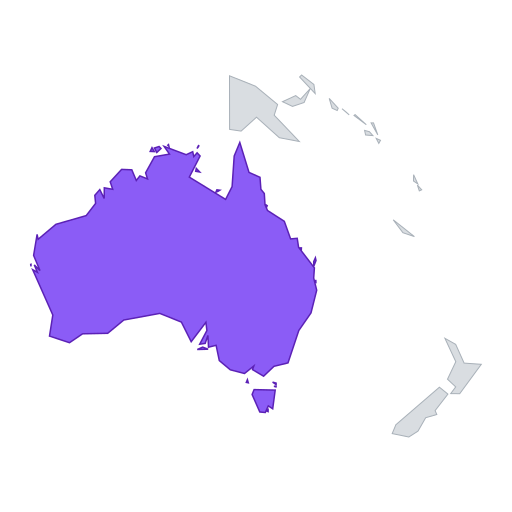 Australia on a map of Oceania (Robinson projection)
{"feature_id": "AUS", "entity_name": "Australia", "entity_type": "country or territory", "adm_level": 0, "iso_a3": "AUS", "parent_name": "Oceania", "parent_adm1": "", "projection": "robinson", "projection_center": [137.073, -32.4], "detail": "medium", "context": "in_parent", "style": "filled", "palette": "violet", "viewbox_px": 512, "rotation_deg": 0, "n_neighbors": 5, "source": "natural_earth", "source_scale": "50m", "svg_char_len": 3195}
<svg xmlns="http://www.w3.org/2000/svg" viewBox="0 0 512 512"><path d="M229.5,75.8L255.5,86.2L277.6,104.5L274.2,115.2L299.3,141.5L279.3,137.7L256.5,117.2L241.1,131.1L229.6,129.4L229.5,75.8ZM313.9,84.5L315.2,93.6L299.6,77.0L301.6,75.0L313.9,84.5ZM304.1,102.5L292.5,106.4L282.5,101.7L295.7,95.6L300.5,99.3L310.2,88.6L304.1,102.5ZM329.2,98.4L338.2,108.2L337.2,110.5L332.1,108.2L329.2,98.4Z" fill="#d9dde1" stroke="#a8b0b8" stroke-width="1"/><path d="M417.4,185.1L421.7,189.8L419.3,190.9L417.4,185.1ZM417.8,183.9L413.5,181.0L413.6,174.7L417.8,183.9Z" fill="#d9dde1" stroke="#a8b0b8" stroke-width="1"/><path d="M393.2,219.8L414.4,236.6L402.9,232.7L393.2,219.8Z" fill="#d9dde1" stroke="#a8b0b8" stroke-width="1"/><path d="M380.5,140.3L378.8,143.4L376.2,138.4L380.5,140.3ZM373.5,122.9L377.8,134.9L371.1,122.9L373.5,122.9ZM372.9,135.6L365.6,135.0L364.6,130.4L369.4,131.7L372.9,135.6ZM355.1,114.6L366.3,124.7L354.0,115.5L355.1,114.6ZM346.3,112.2L349.2,114.9L342.0,108.7L346.3,112.2Z" fill="#d9dde1" stroke="#a8b0b8" stroke-width="1"/><path d="M481.3,364.3L459.7,393.7L450.7,393.6L455.7,386.9L447.5,379.2L455.8,361.7L444.9,338.3L455.7,344.4L464.1,363.1L481.3,364.3ZM395.9,424.7L439.4,387.2L447.9,394.1L435.1,410.6L436.8,414.5L425.7,417.7L418.0,431.1L408.8,437.0L392.2,433.6L395.9,424.7Z" fill="#d9dde1" stroke="#a8b0b8" stroke-width="1"/><path d="M239.8,142.5L249.0,172.4L260.0,177.3L260.9,189.3L264.3,193.5L265.0,204.7L267.5,210.5L284.3,221.3L290.6,238.9L297.2,238.3L298.6,247.3L314.4,267.9L313.7,278.0L316.7,290.2L311.0,312.9L298.8,330.5L288.0,362.9L274.0,366.3L263.6,376.2L252.5,369.6L253.8,366.0L244.5,373.5L230.3,369.8L219.3,360.6L216.1,345.3L208.5,347.2L207.9,335.4L205.2,343.4L199.7,344.2L206.9,330.5L205.9,322.3L191.2,341.7L181.4,322.1L159.8,313.4L123.8,320.0L107.7,333.3L82.6,333.8L69.5,342.7L49.5,336.1L52.8,315.0L32.7,269.7L37.4,272.3L34.3,264.9L40.0,270.6L33.6,255.4L37.1,234.4L38.1,239.3L55.9,224.3L86.2,215.6L95.6,203.4L94.8,195.3L99.8,189.6L104.2,198.5L104.3,187.8L112.7,189.3L110.2,181.8L121.6,169.4L131.8,169.8L136.3,180.5L139.9,175.9L147.5,178.9L145.6,172.8L154.5,156.7L169.5,154.1L164.1,146.4L186.2,154.7L192.7,151.7L193.8,156.6L197.1,152.8L200.1,156.0L189.3,177.1L225.6,199.4L232.1,186.6L234.2,156.0L239.8,142.5ZM254.1,389.6L275.2,390.1L272.7,408.8L268.3,405.9L265.3,412.5L259.8,412.0L252.1,394.5L254.1,389.6ZM154.4,148.0L159.1,146.5L161.0,148.5L156.8,152.5L154.4,148.0ZM202.7,347.1L208.1,349.2L197.3,349.5L202.7,347.1ZM196.3,168.4L199.7,172.0L195.7,171.3L196.3,168.4ZM313.8,266.2L313.7,261.6L315.4,257.8L316.0,260.5L313.8,266.2ZM272.6,382.1L276.1,383.1L276.1,384.6L272.6,382.1ZM152.0,147.7L154.3,151.6L150.2,151.4L152.0,147.7ZM248.3,382.8L246.3,382.4L247.4,379.7L248.3,382.8ZM219.8,190.2L217.9,191.4L215.9,192.1L216.9,189.8L219.8,190.2ZM31.0,264.3L31.0,266.4L30.7,264.4L31.0,264.3ZM275.3,386.1L276.6,387.1L274.0,386.3L275.3,386.1ZM299.9,247.9L301.4,247.9L301.3,249.9L299.9,247.9ZM265.5,204.5L267.2,205.7L266.9,206.4L265.5,204.5ZM268.1,409.8L268.1,411.6L266.8,411.1L268.1,409.8ZM315.8,279.8L315.9,282.3L315.7,282.2L315.8,279.8ZM168.9,146.3L167.8,145.2L168.5,144.6L168.9,146.3ZM198.6,146.5L197.0,148.5L198.8,145.0L198.6,146.5Z" fill="#8b5cf6" stroke="#5b21b6" stroke-width="1.5"/></svg>